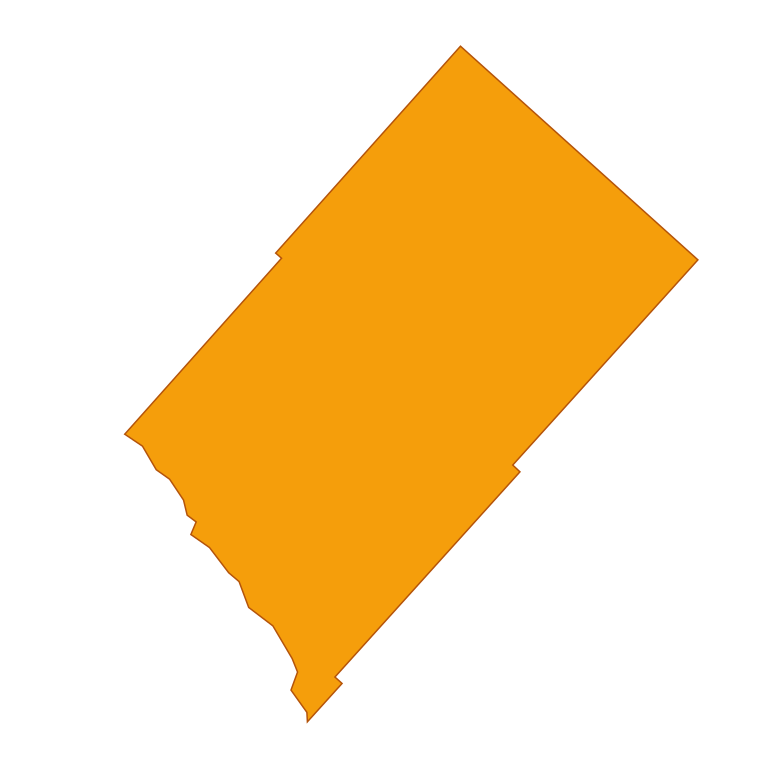 Brown, Nebraska, United States of America, rotated 222°
{"feature_id": "52423323B61841998846050", "entity_name": "Brown", "entity_type": "district", "adm_level": 2, "iso_a3": "USA", "parent_name": "United States of America", "parent_adm1": "Nebraska", "projection": "natural_earth1", "projection_center": [-99.937, 42.466], "detail": "fine", "context": "isolated", "style": "filled", "palette": "amber", "viewbox_px": 768, "rotation_deg": 222, "n_neighbors": 0, "source": "geoboundaries", "source_scale": "gbopen_adm2", "svg_char_len": 504}
<svg xmlns="http://www.w3.org/2000/svg" viewBox="0 0 768 768"><g transform="rotate(222 384 384)"><path d="M537.7,686.2L553.2,686.2L552.1,408.8L544.3,408.9L543.1,173.2L521.9,176.2L495.9,167.9L479.6,169.8L455.3,163.6L442.5,154.8L431.3,155.8L426.8,142.9L404.2,145.7L373.1,139.8L359.5,140.2L335.0,127.4L304.7,129.9L268.5,118.5L255.5,112.1L248.3,94.3L221.6,88.4L214.9,81.7L214.8,133.4L224.4,133.4L224.2,409.7L234.1,409.9L233.8,686.3L537.7,686.2Z" fill="#f59e0b" stroke="#b45309" stroke-width="1.5"/></g></svg>